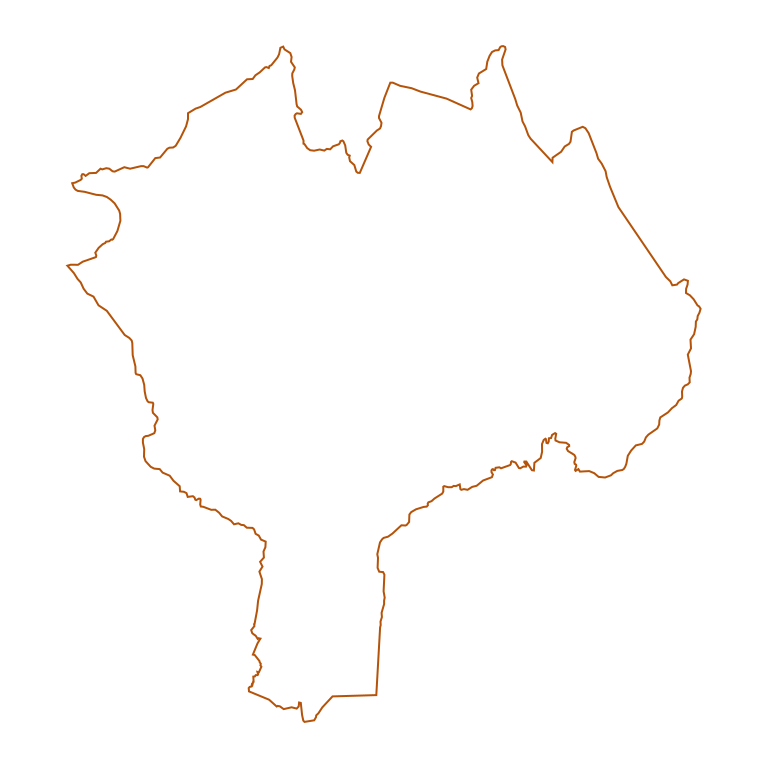 outline of Milange, Zambezia, Mozambique, rotated 180°
{"feature_id": "85939544B24654814708458", "entity_name": "Milange", "entity_type": "district", "adm_level": 2, "iso_a3": "MOZ", "parent_name": "Mozambique", "parent_adm1": "Zambezia", "projection": "equal_earth", "projection_center": [35.856, -16.231], "detail": "fine", "context": "isolated", "style": "outline", "palette": "amber", "viewbox_px": 768, "rotation_deg": 180, "n_neighbors": 0, "source": "geoboundaries", "source_scale": "gbopen_adm2", "svg_char_len": 6095}
<svg xmlns="http://www.w3.org/2000/svg" viewBox="0 0 768 768"><g transform="rotate(180 384 384)"><path d="M572.4,659.4L580.0,654.8L580.0,648.9L581.9,641.7L587.5,630.2L592.3,622.2L594.9,620.5L598.6,620.3L600.7,619.2L607.9,610.5L612.7,609.9L620.0,600.7L620.9,600.4L624.5,601.9L626.8,601.9L637.9,599.3L643.7,600.8L653.3,596.4L655.4,596.7L658.7,599.3L661.7,599.8L665.8,598.6L667.5,599.3L671.9,595.1L678.7,594.8L682.4,592.1L684.4,593.8L685.7,593.8L686.6,592.2L686.2,589.3L687.3,588.1L692.8,585.4L695.8,584.8L694.2,580.5L692.5,578.4L690.3,577.1L683.5,576.2L671.8,573.2L665.5,572.6L661.1,571.0L657.4,568.4L653.4,564.7L648.8,557.4L647.9,554.1L647.6,547.3L650.6,537.0L654.8,529.0L655.6,528.3L656.7,528.5L658.9,526.7L662.0,526.3L662.8,525.0L665.3,523.8L669.4,520.1L672.7,515.3L671.7,512.4L672.1,510.9L685.3,506.3L690.0,503.2L697.2,503.3L700.6,502.3L694.1,494.9L690.4,489.0L687.3,485.6L684.4,479.3L680.7,474.4L674.5,471.4L669.5,462.7L661.2,457.2L643.3,433.0L638.6,430.0L636.3,427.5L635.7,424.9L635.3,412.8L632.6,401.6L632.4,395.1L631.8,393.8L627.7,392.8L625.5,389.5L623.8,383.2L623.3,376.5L622.0,370.0L620.4,366.7L619.3,365.8L615.2,365.3L614.7,364.1L615.5,358.0L615.1,355.2L610.7,350.7L610.3,348.6L613.5,342.3L612.7,337.7L613.7,334.8L619.7,332.2L622.3,331.9L624.0,330.9L625.1,329.0L625.1,325.4L623.8,318.9L624.0,311.3L622.5,306.9L617.3,301.2L613.8,299.4L608.3,298.9L605.4,295.4L598.3,292.3L594.5,287.2L588.3,281.8L587.9,276.6L584.1,276.2L581.5,274.9L580.3,271.1L575.1,271.8L573.5,270.5L572.7,268.3L571.8,267.9L569.1,269.4L567.8,269.2L567.4,268.2L567.8,263.5L567.2,261.5L564.7,261.2L556.8,258.2L552.7,258.3L548.8,255.2L545.9,251.6L539.7,249.0L536.9,247.1L534.0,243.7L529.6,244.7L526.8,243.1L524.2,242.9L521.2,240.3L515.5,240.1L513.9,238.6L512.4,234.2L509.2,232.4L507.0,228.4L502.3,226.4L502.6,220.8L504.5,216.5L504.1,210.4L507.9,206.2L505.5,201.4L508.6,196.4L506.1,188.9L506.2,184.0L509.9,167.3L510.9,157.7L513.5,143.8L513.9,143.7L513.6,141.9L516.8,137.9L515.7,134.7L512.2,132.1L510.3,129.1L509.5,129.8L507.6,129.4L510.5,124.6L515.1,113.4L513.3,113.0L508.5,106.9L508.3,105.7L507.2,104.2L507.6,102.7L506.6,101.3L509.1,95.7L510.6,96.1L509.9,93.7L510.4,92.9L512.3,92.9L513.1,91.6L514.7,91.4L514.4,86.4L514.8,86.4L515.6,83.0L516.1,83.5L516.5,81.5L518.3,81.1L519.3,79.9L519.0,76.6L498.9,68.3L491.3,61.5L490.4,62.1L488.2,61.7L484.3,58.9L476.4,60.7L471.3,59.4L469.3,61.6L468.9,65.5L467.2,65.1L465.9,52.9L464.7,47.4L463.5,46.1L453.8,47.7L452.0,50.8L451.8,52.6L449.6,54.7L445.7,60.6L435.5,71.6L391.7,72.9L387.9,140.6L387.3,142.9L387.5,146.4L386.1,150.9L386.4,155.2L383.9,163.9L383.9,167.4L383.3,170.3L384.4,176.7L383.6,193.3L384.9,195.9L388.8,196.3L390.4,200.1L390.0,210.1L390.7,213.8L388.0,225.6L386.0,228.6L384.4,230.1L380.0,231.3L375.6,234.4L366.6,242.7L362.4,242.5L361.3,243.1L358.9,246.0L358.6,253.5L356.8,255.9L352.0,258.7L344.3,261.1L341.3,261.4L340.1,262.7L340.3,264.4L339.6,265.7L336.5,266.8L333.5,269.5L325.8,274.4L324.7,276.5L324.7,281.3L323.8,281.9L319.9,280.8L316.3,280.8L314.3,282.1L312.1,281.9L308.3,283.6L307.6,278.9L306.7,278.2L304.1,278.9L300.4,278.2L295.9,281.1L291.4,282.2L284.9,287.5L276.1,290.8L275.1,293.5L276.5,295.8L276.5,297.7L275.9,298.6L275.1,298.9L274.1,297.8L273.1,297.9L272.4,300.2L268.6,300.7L267.0,299.7L258.0,302.9L257.3,303.7L256.9,306.2L256.2,306.8L252.4,305.4L249.1,300.0L247.8,299.7L244.7,301.4L241.9,301.4L241.5,302.6L243.8,305.9L243.6,306.5L241.7,306.5L236.1,297.8L234.1,297.5L233.6,305.2L227.3,310.0L225.9,316.2L226.0,323.9L224.3,328.0L222.6,329.3L222.1,328.9L221.5,325.1L220.2,324.7L219.3,326.3L219.1,329.7L216.9,330.0L215.9,333.1L212.9,334.9L211.8,334.2L212.7,329.5L212.5,327.5L208.4,325.7L201.9,325.2L198.9,323.1L198.8,321.9L200.8,320.7L201.3,319.2L199.9,316.9L193.7,313.1L192.7,311.3L192.4,309.9L193.7,305.9L193.3,304.1L192.0,303.4L191.7,302.3L193.0,298.0L192.4,297.1L189.6,298.9L188.1,296.4L178.8,296.9L173.7,294.8L169.4,291.1L162.9,290.5L157.0,292.7L154.8,294.8L150.7,297.1L145.7,298.0L144.2,299.0L142.8,301.2L141.6,304.4L140.2,312.2L136.9,317.4L132.2,322.6L126.0,324.1L123.8,326.4L122.1,330.6L119.6,333.4L110.7,339.6L108.8,343.5L108.6,347.5L107.7,350.6L100.0,355.6L96.1,359.8L91.8,363.0L89.4,367.3L86.2,369.5L85.8,371.3L86.0,376.5L85.0,380.2L83.1,382.4L80.3,383.6L78.3,385.6L78.5,390.4L77.3,394.0L77.0,396.8L80.2,413.4L77.0,419.6L77.5,428.4L73.9,433.8L72.3,441.2L72.1,446.5L70.7,448.6L70.3,452.0L68.6,455.2L67.4,459.2L68.9,461.6L70.5,462.6L74.4,468.8L78.1,472.7L82.0,475.0L81.9,479.1L80.4,483.5L80.1,487.2L84.0,488.6L89.8,484.9L91.0,483.4L95.7,482.7L97.7,486.7L102.1,491.0L149.6,560.9L158.0,581.3L161.3,590.9L162.4,596.8L166.3,604.4L169.9,609.3L171.5,614.8L179.3,634.8L182.6,639.8L185.3,641.2L194.4,637.5L196.1,636.2L197.5,626.3L199.0,624.1L203.3,621.5L206.9,616.2L215.4,610.3L215.6,605.9L237.4,629.3L239.7,632.8L242.9,641.6L245.5,646.6L247.3,655.4L250.8,662.5L252.7,668.8L265.6,702.7L265.9,708.4L262.4,718.6L262.9,721.0L264.8,721.9L266.6,721.7L267.8,720.9L269.4,717.9L272.8,717.6L276.0,716.0L278.4,712.2L280.7,706.3L281.8,699.0L289.1,694.5L290.8,690.4L289.5,684.8L293.9,682.2L296.8,678.3L295.9,672.1L296.8,670.0L295.7,665.9L295.4,662.0L296.1,659.8L297.4,658.6L321.5,669.4L347.5,676.4L356.4,679.8L368.0,682.2L375.1,685.3L377.7,685.3L383.6,670.2L389.0,651.9L389.0,650.0L386.5,645.2L387.0,641.8L388.0,639.5L391.1,637.5L400.3,628.5L400.6,626.8L399.3,623.5L396.9,621.2L408.2,595.1L410.2,595.2L411.7,596.4L413.7,603.0L418.0,606.8L418.8,610.5L418.3,612.4L420.3,613.2L421.7,615.2L422.8,622.6L424.6,626.7L425.7,627.5L427.7,626.7L427.9,625.4L429.2,623.7L434.9,621.7L437.8,618.7L441.2,619.1L443.7,617.4L448.3,618.5L453.9,617.3L457.9,617.8L460.8,619.9L463.6,624.0L464.5,624.3L464.5,627.5L473.3,650.3L473.4,652.4L472.3,654.0L471.0,654.7L467.1,654.1L465.8,655.9L467.1,658.4L470.8,661.5L471.4,663.8L473.0,677.7L474.8,685.0L475.8,692.1L475.7,694.6L473.7,698.5L473.2,700.6L477.0,706.2L476.4,711.0L477.7,714.9L483.5,718.6L484.8,721.4L487.6,720.2L488.9,713.8L490.5,710.5L496.7,702.8L498.5,702.0L499.2,700.0L501.6,700.9L503.0,700.6L508.2,695.7L512.6,692.7L515.3,689.0L521.0,688.7L532.0,678.5L542.6,675.3L567.7,661.0L572.4,659.4Z" fill="none" stroke="#b45309" stroke-width="2"/></g></svg>